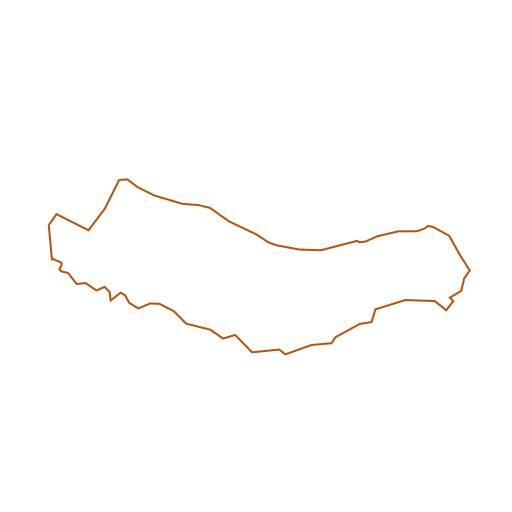 Calvert, Maryland, United States of America, rotated 297°
{"feature_id": "52423323B93110691068578", "entity_name": "Calvert", "entity_type": "district", "adm_level": 2, "iso_a3": "USA", "parent_name": "United States of America", "parent_adm1": "Maryland", "projection": "equal_earth", "projection_center": [-76.573, 38.545], "detail": "fine", "context": "isolated", "style": "outline", "palette": "amber", "viewbox_px": 512, "rotation_deg": 297, "n_neighbors": 0, "source": "geoboundaries", "source_scale": "gbopen_adm2", "svg_char_len": 1133}
<svg xmlns="http://www.w3.org/2000/svg" viewBox="0 0 512 512"><g transform="rotate(297 256 256)"><path d="M305.3,452.2L307.0,447.7L307.2,447.8L314.6,452.5L318.1,454.7L330.1,451.8L330.8,451.6L331.0,451.7L340.1,453.1L349.7,436.9L361.7,419.0L362.3,400.6L360.8,395.5L357.4,394.0L351.1,388.2L342.6,371.6L328.5,355.0L318.6,347.0L316.1,343.4L315.2,342.1L315.4,339.2L290.5,311.1L281.5,291.8L275.0,270.2L273.8,261.2L275.4,246.4L274.6,215.9L278.0,193.3L275.1,181.2L269.0,166.5L263.7,137.8L263.6,118.9L265.9,106.6L261.6,99.6L229.5,99.8L202.9,95.1L202.7,59.2L189.4,57.3L160.3,75.7L161.3,77.1L161.3,79.9L161.8,84.7L161.3,86.1L159.8,86.8L155.2,86.8L154.4,87.6L154.0,89.3L154.1,90.7L155.3,94.7L155.4,96.7L151.6,104.7L150.3,107.3L149.7,109.0L154.5,116.4L152.8,129.4L159.7,135.1L157.5,141.9L150.4,146.7L161.9,152.1L161.6,157.2L156.7,164.2L155.8,174.9L165.5,183.0L169.6,191.7L169.5,207.9L164.0,224.5L169.6,249.0L167.5,264.1L176.2,273.3L168.4,296.2L183.2,319.2L181.7,326.8L202.0,346.0L212.6,362.9L219.9,363.8L242.6,379.3L249.6,389.0L262.7,386.6L284.6,409.1L297.0,435.7L294.0,450.1L305.3,452.2Z" fill="none" stroke="#b45309" stroke-width="2"/></g></svg>